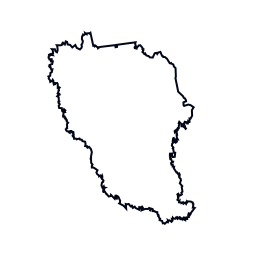 Montería, Córdoba, Colombia, rotated 169°
{"feature_id": "7082276B30491480162439", "entity_name": "Montería", "entity_type": "district", "adm_level": 2, "iso_a3": "COL", "parent_name": "Colombia", "parent_adm1": "Córdoba", "projection": "equal_earth", "projection_center": [-75.989, 8.611], "detail": "fine", "context": "isolated", "style": "outline", "palette": "ink", "viewbox_px": 256, "rotation_deg": 169, "n_neighbors": 0, "source": "geoboundaries", "source_scale": "gbopen_adm2", "svg_char_len": 5760}
<svg xmlns="http://www.w3.org/2000/svg" viewBox="0 0 256 256"><g transform="rotate(169 128 128)"><path d="M78.2,190.6L79.9,191.0L80.1,192.0L80.8,192.3L81.7,196.5L84.0,196.3L85.2,195.1L85.6,196.3L87.5,196.3L90.3,192.4L93.1,193.2L93.9,194.5L96.2,195.8L96.9,197.8L97.5,197.3L98.3,198.0L98.5,199.1L99.3,199.9L98.2,201.1L98.7,202.3L98.0,202.6L98.7,203.2L98.6,204.2L100.2,206.9L101.6,207.0L104.1,205.1L104.4,204.3L106.1,205.1L106.1,206.0L104.7,207.2L104.9,209.3L104.2,210.7L123.5,211.8L123.8,211.4L123.0,210.9L123.3,209.7L124.8,209.7L124.8,211.8L140.2,212.9L142.2,212.0L142.2,213.2L142.9,213.4L144.0,214.9L145.0,214.5L145.1,215.5L146.4,215.3L146.7,228.2L147.3,227.6L147.8,228.5L150.5,228.7L150.7,228.0L152.0,229.4L152.0,228.4L153.7,227.6L154.3,228.3L155.8,226.2L156.3,223.8L155.7,221.9L156.8,219.5L157.8,218.7L157.7,216.9L158.3,215.6L160.2,214.3L163.0,216.4L163.9,219.5L167.3,217.7L169.0,220.7L171.3,221.5L171.4,224.1L172.6,224.9L174.1,222.1L175.6,224.2L176.4,223.6L176.5,222.4L178.0,222.0L182.2,222.8L181.8,221.4L182.2,217.8L183.3,215.9L184.5,217.1L184.7,219.2L187.7,219.9L187.0,218.5L187.3,215.5L188.7,215.4L188.0,213.9L189.6,214.5L190.7,214.1L190.8,215.2L191.5,215.0L191.2,213.9L192.0,213.7L192.6,212.2L192.0,211.3L192.1,210.5L190.5,210.2L191.1,209.6L191.0,208.5L189.9,209.0L190.0,207.9L189.1,207.7L190.3,205.2L192.8,204.9L192.7,203.9L193.6,203.7L193.2,202.5L192.4,202.3L192.2,200.1L191.0,200.0L192.2,197.3L193.6,197.0L194.4,194.1L196.1,193.8L195.8,193.4L196.4,191.6L195.5,189.9L195.5,188.1L193.4,188.8L192.7,189.7L192.2,188.3L192.6,187.7L192.5,184.8L191.3,184.9L191.2,186.1L188.9,185.6L188.6,184.4L189.2,181.3L188.4,181.7L187.4,180.7L188.6,179.9L188.6,178.0L189.3,177.6L189.5,176.5L190.4,175.4L188.7,174.3L188.7,173.8L189.5,173.6L189.7,174.3L191.5,172.6L190.4,171.9L190.2,171.1L190.8,167.7L190.5,167.4L191.4,166.9L191.3,165.6L190.7,165.3L190.5,164.3L191.8,163.0L191.8,160.8L189.2,160.1L189.4,157.3L189.1,156.7L188.3,156.8L187.2,158.6L186.2,157.3L186.9,156.7L186.7,155.6L188.0,155.7L188.9,153.8L188.9,152.5L189.5,152.3L189.5,151.5L188.1,151.4L188.2,150.1L187.9,150.1L187.7,149.0L187.3,149.4L186.5,147.2L186.9,146.0L185.8,144.6L187.2,143.5L187.5,140.6L188.0,140.1L187.8,139.4L189.3,138.7L189.2,137.6L188.3,136.3L186.5,135.9L186.7,134.9L186.1,134.4L185.8,135.9L185.3,136.1L184.4,135.9L184.5,135.3L183.5,134.0L182.8,134.8L182.4,134.5L182.6,132.0L183.8,131.3L183.9,130.8L183.5,130.1L182.8,130.9L182.9,127.7L181.4,127.6L180.6,127.2L180.5,126.7L177.6,126.9L177.3,125.8L175.6,125.3L175.2,123.8L172.7,122.7L172.7,120.3L173.5,118.4L171.6,117.9L171.8,116.7L171.4,116.3L169.8,116.9L168.4,114.3L168.1,111.2L170.0,106.4L169.9,105.6L170.6,104.8L170.3,104.0L170.8,100.8L169.8,98.9L170.7,97.9L171.0,96.1L169.4,95.8L166.0,92.4L167.5,90.3L167.1,88.7L165.6,86.9L165.6,86.1L164.3,86.6L163.8,84.7L162.5,86.3L162.4,85.6L163.1,82.7L162.1,81.2L162.7,79.8L163.9,79.5L165.0,76.7L164.5,74.3L162.9,75.4L162.8,74.1L162.0,73.8L162.7,73.6L163.3,71.9L163.8,72.3L164.5,70.7L164.3,69.9L162.8,69.9L161.9,67.3L161.6,67.4L159.9,64.4L158.0,64.5L157.5,65.6L154.6,61.1L153.5,63.4L153.1,63.1L152.4,61.1L153.0,59.9L152.3,61.1L153.1,63.2L153.0,63.9L152.3,63.9L150.6,62.3L149.6,58.1L150.1,56.3L151.0,55.7L147.1,52.5L145.2,49.3L144.7,53.8L143.8,53.3L141.8,53.3L140.4,50.6L139.0,51.1L138.3,49.6L138.8,49.2L138.5,48.6L136.4,49.5L135.6,47.8L132.7,45.7L132.1,48.2L131.3,48.0L131.6,47.1L130.3,45.9L129.9,46.4L130.2,47.3L129.2,48.1L128.6,46.8L128.8,46.2L129.7,46.3L130.4,44.6L126.7,45.3L123.6,44.7L122.5,45.5L121.2,44.4L122.0,43.0L121.7,42.8L120.7,44.5L119.4,43.8L119.1,42.6L119.5,41.7L117.7,41.3L117.1,40.4L115.3,39.8L115.6,38.2L114.6,36.6L115.3,36.0L114.5,34.5L114.4,33.2L113.8,32.9L114.5,31.5L112.2,30.2L112.0,27.8L110.6,27.7L110.1,27.0L107.7,28.5L106.8,27.8L106.2,28.7L106.3,29.8L105.8,29.3L104.7,29.4L103.2,27.6L102.1,28.5L102.2,30.3L101.5,29.9L101.1,31.3L100.7,30.6L98.9,29.9L97.9,30.9L97.7,30.4L96.8,30.9L96.6,29.5L94.5,30.7L94.1,30.4L94.7,29.2L94.0,28.7L93.4,29.6L92.4,28.0L91.9,28.9L90.6,28.8L90.3,29.5L88.9,29.0L88.8,28.2L90.5,28.7L90.7,27.6L89.4,26.6L89.1,27.9L87.3,27.4L87.3,29.1L85.2,29.0L85.1,29.9L85.6,30.9L84.8,32.4L83.8,31.1L83.3,32.1L82.9,31.8L82.3,32.8L77.9,36.7L78.9,37.0L78.9,38.0L79.4,37.9L78.3,40.8L78.9,41.3L78.6,42.4L80.2,43.7L83.3,44.6L84.2,43.7L84.4,44.4L85.5,42.5L86.2,43.9L88.0,43.1L88.2,44.6L89.9,44.1L89.9,44.7L92.1,45.3L91.4,46.9L91.9,46.7L93.2,48.1L91.8,49.8L92.2,50.4L91.9,52.0L92.2,53.4L91.2,53.9L90.3,51.7L87.8,52.5L88.0,54.3L86.7,55.1L86.5,60.0L85.8,60.6L87.7,63.8L86.0,66.6L86.0,68.0L87.1,69.7L87.1,71.1L86.5,71.1L86.1,72.4L86.5,73.7L87.6,73.3L88.4,75.2L88.9,75.1L90.7,79.7L90.1,81.2L91.5,81.6L91.0,83.0L92.3,83.6L92.5,85.3L91.2,85.9L90.6,85.6L90.2,86.3L91.2,86.5L91.7,89.5L92.4,89.5L92.4,91.1L91.2,93.1L92.1,93.2L91.7,94.8L89.5,94.5L90.0,93.0L89.9,91.0L87.6,90.8L86.4,94.7L87.7,95.0L87.6,98.8L88.0,99.3L87.2,100.1L88.3,102.4L87.6,104.2L86.6,104.9L86.7,106.5L85.6,109.3L85.0,109.4L84.7,105.1L84.1,104.5L82.6,105.3L82.9,107.6L81.3,107.2L81.9,109.0L81.6,111.9L81.1,111.9L81.1,113.9L82.0,114.4L81.4,114.9L82.3,115.4L82.8,115.0L82.8,116.1L81.6,116.7L81.5,115.9L80.5,116.0L79.8,116.4L80.2,117.2L79.4,118.2L78.9,117.6L78.2,118.0L77.6,120.8L76.8,122.1L77.4,123.0L76.5,124.3L74.7,121.6L74.2,121.5L74.2,120.4L75.2,120.0L75.2,119.5L74.2,119.5L72.4,117.8L71.6,116.2L71.2,116.5L72.0,117.9L71.7,118.8L72.3,120.1L71.9,121.5L72.2,121.8L71.1,123.3L69.7,122.7L69.9,122.2L68.8,121.5L68.9,121.1L68.4,121.0L67.7,123.1L67.2,122.3L66.5,122.2L65.8,125.6L64.9,125.2L62.7,127.8L61.9,133.3L59.6,135.8L62.1,138.4L64.3,139.5L68.7,139.0L69.1,139.6L68.7,142.6L65.9,143.1L65.8,144.2L66.5,146.2L67.6,147.1L67.8,148.5L71.8,154.1L71.9,167.8L71.2,169.4L69.9,177.7L71.2,179.6L71.4,181.7L72.8,182.7L73.3,183.6L74.1,183.3L74.7,183.7L76.5,188.5L78.2,190.6Z" fill="none" stroke="#020617" stroke-width="2"/></g></svg>